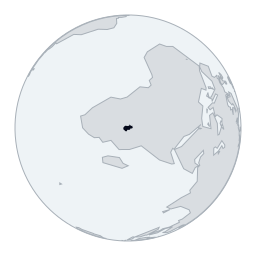 the Earth from above Luapula, rotated 83°
{"feature_id": "ZMB-514", "entity_name": "Luapula", "entity_type": "Province", "adm_level": 1, "iso_a3": "ZMB", "parent_name": "Zambia", "parent_adm1": "", "projection": "orthographic", "projection_center": [29.278, -10.414], "detail": "coarse", "context": "on_globe", "style": "filled", "palette": "ink", "viewbox_px": 256, "rotation_deg": 83, "n_neighbors": 0, "source": "natural_earth", "source_scale": "10m", "svg_char_len": 5779}
<svg xmlns="http://www.w3.org/2000/svg" viewBox="0 0 256 256"><g transform="rotate(83 128 128)"><circle cx="128" cy="128" r="113" fill="#eef3f6" stroke="#a8b0b8"/><path d="M16.4,112.8L16.2,115.2L17.2,116.6L17.4,120.8L17.1,124.0L17.9,124.2L17.9,126.1L22.8,126.4L26.8,129.8L27.7,136.6L26.3,145.6L29.7,163.0L28.5,170.4L31.3,177.5L35.7,188.6L34.6,189.1L38.1,193.4L40.1,196.9L40.3,197.9L43.1,201.3L43.3,202.0L45.1,203.7L49.6,208.7L53.1,211.7L57.5,215.7L59.8,217.3L59.9,217.5L61.1,218.5L62.6,219.6L61.3,218.8L55.0,213.8L49.1,208.3L43.5,202.5L38.4,196.3L33.8,189.7L29.6,182.8L25.9,175.6L22.8,168.2L20.2,160.6L18.1,152.8L16.6,144.9L15.7,136.9L15.4,128.9L15.6,120.8L16.4,112.8ZM64.9,220.9L62.0,219.3L63.0,219.9L60.3,217.8L63.1,219.3L64.9,220.9ZM58.4,215.2L57.3,213.7L58.1,214.1L59.0,215.2L58.4,215.2ZM231.7,84.1L231.7,84.8L232.4,86.6L230.8,83.5L231.1,86.1L235.9,98.9L236.6,102.1L236.0,106.5L235.6,104.0L231.5,95.8L232.4,103.3L235.6,111.6L236.7,120.2L235.1,116.4L233.7,108.9L232.2,105.8L231.4,99.0L227.8,88.4L226.0,89.1L225.0,85.2L219.8,76.4L216.6,77.3L212.2,85.3L213.6,95.4L211.2,99.2L203.6,83.5L200.0,73.9L197.3,74.2L189.4,65.8L175.8,63.7L173.8,61.3L171.3,62.1L165.7,59.6L162.6,55.9L159.3,55.9L167.4,65.7L171.0,65.8L173.9,62.5L175.5,66.1L180.9,69.7L175.2,77.7L155.0,84.5L152.9,77.1L137.3,58.0L137.7,56.0L137.6,55.8L137.4,55.4L136.1,58.6L133.4,55.2L141.8,67.8L143.2,73.5L154.7,84.9L153.6,86.1L157.3,88.6L169.0,86.4L169.1,89.0L163.6,100.6L147.3,117.0L149.5,129.1L148.3,139.5L138.2,146.4L139.1,154.8L133.8,157.8L133.5,162.6L129.3,167.9L122.3,173.0L110.4,173.6L109.6,169.1L103.6,160.9L95.3,141.2L98.3,131.9L97.2,125.1L88.6,111.1L90.5,102.9L88.2,99.8L83.4,101.1L80.8,97.5L77.9,97.8L60.0,103.4L54.7,99.5L48.5,86.4L51.7,80.0L52.5,73.6L75.3,49.8L80.0,50.0L97.7,45.6L99.9,46.0L97.6,50.4L110.8,54.9L115.3,51.0L127.4,53.7L135.6,53.6L138.8,45.7L125.4,45.5L123.3,41.9L134.2,38.8L145.9,39.6L145.5,38.3L138.2,35.1L141.1,33.0L135.7,33.9L137.8,35.2L134.5,36.0L132.4,34.9L133.5,34.1L130.0,33.5L125.7,38.1L127.3,39.9L118.0,41.0L119.9,44.3L117.3,46.0L113.3,41.1L113.8,39.3L106.2,35.0L104.8,36.9L111.9,41.3L109.6,41.0L107.8,44.2L107.3,41.6L99.9,36.9L91.7,39.0L80.9,47.9L76.1,49.4L72.3,48.7L76.5,40.8L86.7,38.4L88.3,36.1L86.6,33.6L89.8,33.3L90.3,32.2L94.2,31.4L99.9,28.3L103.8,27.6L106.3,24.6L108.7,24.0L106.6,25.9L107.2,27.0L117.1,26.2L119.0,25.5L119.9,23.8L122.5,24.0L122.0,22.5L127.8,21.9L120.4,21.5L121.2,20.0L124.8,19.0L123.7,18.5L117.8,20.4L116.6,21.2L117.8,22.0L113.4,25.0L110.0,25.7L109.4,22.8L104.5,23.7L106.2,21.5L121.2,17.1L127.3,16.6L136.8,18.0L135.3,18.6L131.0,18.2L134.7,19.7L134.5,19.0L136.7,19.4L138.0,18.5L139.6,18.7L138.1,17.7L140.2,17.9L141.1,18.6L144.8,18.0L149.3,18.6L149.3,18.4L148.1,18.0L154.6,19.3L154.3,19.1L152.1,18.6L150.2,18.0L149.4,17.5L151.7,18.0L152.3,18.2L157.0,19.6L158.3,20.5L159.1,20.7L158.5,20.1L152.8,18.3L151.7,17.9L154.6,18.7L153.5,18.4L155.9,18.9L152.7,18.1L160.7,20.2L168.5,22.9L176.0,26.1L183.3,29.9L190.3,34.2L197.0,39.0L203.3,44.3L209.2,50.0L214.7,56.1L219.7,62.6L224.3,69.5L228.3,76.7L231.7,84.1ZM67.3,60.5L66.7,62.3L67.3,60.5ZM158.4,45.3L165.4,46.3L162.1,41.4L164.6,41.5L162.6,39.9L161.9,41.1L157.0,37.0L159.9,36.2L159.0,34.4L156.6,34.0L152.0,36.4L159.0,41.9L157.4,43.6L158.4,45.3ZM89.4,27.8L90.6,28.1L89.0,29.4L83.9,31.2L86.2,29.2L89.4,27.8ZM92.7,28.3L93.5,25.4L96.7,24.4L94.8,25.4L96.8,25.1L94.2,26.6L96.4,28.9L95.1,30.3L86.6,32.3L90.1,30.7L88.7,30.4L92.7,28.3ZM90.1,22.6L90.6,22.1L96.9,20.6L95.8,21.2L90.7,22.8L89.0,23.0L90.1,22.6ZM105.2,17.7L103.9,18.0L105.2,17.7ZM102.0,18.4L101.0,18.7L100.3,18.8L99.0,19.2L98.7,19.2L96.5,19.9L98.0,19.5L88.8,22.4L102.0,18.4ZM102.5,44.3L104.2,44.3L107.0,43.9L105.9,46.1L102.5,44.3ZM97.3,41.0L98.9,40.6L98.7,43.1L96.9,43.3L97.3,41.0ZM100.0,38.4L99.0,40.4L98.5,39.4L100.0,38.4ZM108.0,25.5L109.7,25.2L109.8,25.6L108.8,26.3L108.0,25.5ZM124.6,15.4L125.1,15.4L122.6,15.6L121.4,15.6L122.0,15.6L121.6,15.5L124.6,15.4ZM136.5,46.9L134.0,48.4L132.8,47.7L133.9,47.3L136.5,46.9ZM119.1,46.9L123.0,47.8L118.8,47.5L119.1,46.9ZM125.1,15.5L124.6,15.4L126.1,15.4L125.1,15.5ZM175.5,200.8L175.8,202.6L174.2,202.4L175.5,200.8ZM167.3,138.8L159.3,157.1L154.0,157.0L153.2,151.3L156.3,140.1L162.5,137.2L165.5,132.4L167.3,138.8ZM239.1,146.3L238.9,147.7L238.8,148.2L239.1,146.3ZM239.3,143.5L239.3,144.7L239.1,144.5L239.3,143.5ZM239.3,145.4L239.3,145.2L239.3,145.4ZM239.2,142.9L237.6,139.1L236.6,136.4L237.1,134.7L238.7,137.5L239.2,142.9ZM237.0,134.6L235.1,127.2L230.4,109.2L232.2,110.3L236.6,122.4L236.4,123.8L237.5,129.3L237.0,134.6ZM240.3,118.9L240.4,121.1L240.6,126.2L240.5,129.9L240.2,134.6L239.5,132.2L239.1,130.5L238.8,123.5L239.0,120.7L239.5,121.6L239.7,113.9L240.0,115.7L240.3,118.9ZM214.1,96.4L216.6,103.1L215.2,103.8L214.1,96.4ZM239.3,110.5L239.4,111.1L239.2,110.2L239.3,110.5ZM233.4,89.5L233.0,89.3L232.4,87.7L232.6,87.1L233.4,89.5ZM144.8,16.6L142.9,16.5L143.0,16.9L145.6,17.5L141.1,16.8L140.9,16.3L144.8,16.6ZM221.7,190.5L220.2,191.3L220.9,189.0L223.1,186.0L228.6,174.9L228.6,175.5L231.6,168.5L234.0,165.8L235.1,162.9L231.5,172.5L227.0,181.7L221.7,190.5ZM240.1,139.0L240.1,138.4L240.5,133.2L240.6,129.8L240.1,139.0Z" fill="#d9dde1" stroke="#a8b0b8" stroke-width="1"/><path d="M126.9,126.8L126.5,125.9L126.2,125.8L126.7,125.4L127.3,124.8L127.3,124.4L127.2,124.2L128.6,124.0L128.2,124.3L127.9,125.0L127.7,125.4L128.1,125.6L128.2,126.3L128.5,126.5L129.0,126.6L129.2,126.9L129.3,127.3L129.1,127.6L128.8,127.6L128.3,127.9L128.2,128.4L127.8,128.6L127.8,128.9L127.6,129.1L128.2,129.4L128.1,129.0L128.7,128.6L129.0,128.8L129.2,129.1L129.1,129.9L129.3,129.6L129.6,129.6L130.3,130.1L130.3,130.3L129.9,130.8L129.0,130.9L129.0,131.4L128.4,131.6L128.3,131.8L128.5,131.9L128.4,132.0L128.0,131.8L127.5,131.9L127.0,131.1L126.5,130.9L126.2,130.2L126.6,128.8L126.9,128.5L126.6,127.6L126.9,126.8Z" fill="#0f172a" stroke="#020617" stroke-width="1.5"/></g></svg>